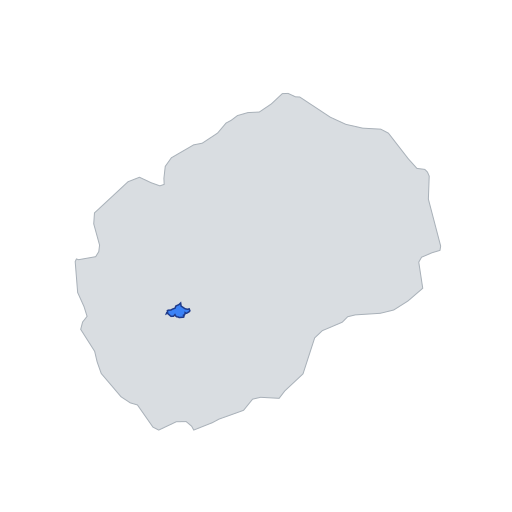 Plasnitsa, Plasnica, North Macedonia (highlighted), rotated 342°
{"feature_id": "65306769B97994960223658", "entity_name": "Plasnitsa", "entity_type": "district", "adm_level": 2, "iso_a3": "MKD", "parent_name": "North Macedonia", "parent_adm1": "Plasnica", "projection": "equal_earth", "projection_center": [21.111, 41.454], "detail": "fine", "context": "in_parent", "style": "filled", "palette": "blue", "viewbox_px": 512, "rotation_deg": 342, "n_neighbors": 0, "source": "geoboundaries", "source_scale": "gbopen_adm2", "svg_char_len": 1623}
<svg xmlns="http://www.w3.org/2000/svg" viewBox="0 0 512 512"><g transform="rotate(342 256 256)"><path d="M231.5,131.1L239.7,132.1L257.5,127.2L268.6,120.3L274.3,119.3L281.8,116.7L292.6,117.1L303.6,120.1L317.6,116.1L331.2,109.7L336.8,111.3L342.7,116.8L346.7,118.3L369.6,147.0L382.2,158.6L397.0,167.4L413.8,173.9L419.9,180.1L430.9,210.7L436.1,222.4L443.3,225.8L445.0,229.2L445.4,233.6L437.5,255.2L434.7,303.6L432.7,307.5L424.3,307.3L413.1,308.3L408.9,312.1L404.6,338.2L386.7,345.7L370.3,349.9L356.5,348.9L332.3,342.7L324.4,342.1L317.6,345.6L296.0,347.5L286.5,352.0L264.3,382.6L241.7,393.2L234.0,398.5L216.7,391.8L208.5,391.1L196.5,398.9L170.3,399.7L163.2,401.0L143.0,402.3L142.2,398.0L138.4,391.9L129.0,389.0L109.7,391.5L105.1,386.9L97.2,361.0L91.0,356.8L84.1,348.1L72.5,319.9L72.2,307.5L73.1,296.8L66.6,271.6L70.7,265.2L76.7,261.2L76.8,251.0L75.1,235.6L82.3,205.5L84.3,203.3L86.1,204.7L103.3,207.1L107.8,203.3L110.6,197.3L111.6,175.3L115.7,165.1L157.3,145.8L169.5,145.1L178.9,153.9L186.3,159.6L190.8,159.5L192.4,153.7L197.4,142.7L205.9,136.4L231.2,131.0L231.5,131.1Z" fill="#d9dde1" stroke="#a8b0b8" stroke-width="1"/><path d="M158.9,287.8L160.8,286.7L161.0,288.1L161.9,289.4L163.1,289.9L163.9,290.8L167.3,291.6L168.3,291.8L168.9,290.9L168.7,290.0L169.6,290.0L169.7,289.6L170.6,289.2L171.1,288.0L171.6,288.8L172.4,289.0L175.4,288.3L176.2,287.7L176.1,285.6L174.6,285.6L172.3,284.3L169.3,280.5L169.8,277.4L167.8,278.4L164.3,278.8L162.9,280.6L160.1,280.7L158.3,281.1L155.7,280.4L154.8,280.6L154.6,282.2L153.6,282.3L152.9,283.2L154.0,283.0L156.5,287.1L158.9,287.8Z" fill="#3b82f6" stroke="#1e3a8a" stroke-width="1.5"/></g></svg>